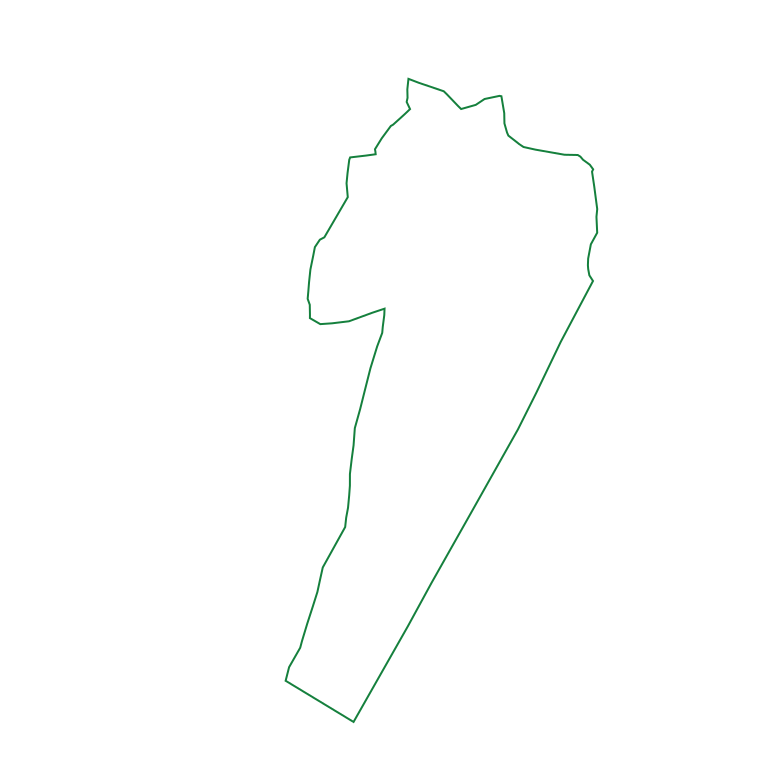 Tchirozérine, Agadez, Niger, rotated 120°
{"feature_id": "23599985B66307714151869", "entity_name": "Tchirozérine", "entity_type": "district", "adm_level": 2, "iso_a3": "NER", "parent_name": "Niger", "parent_adm1": "Agadez", "projection": "equal_earth", "projection_center": [8.551, 17.383], "detail": "fine", "context": "isolated", "style": "outline", "palette": "green", "viewbox_px": 768, "rotation_deg": 120, "n_neighbors": 0, "source": "geoboundaries", "source_scale": "gbopen_adm2", "svg_char_len": 1388}
<svg xmlns="http://www.w3.org/2000/svg" viewBox="0 0 768 768"><g transform="rotate(120 384 384)"><path d="M107.5,515.4L117.2,511.1L124.4,506.7L128.4,505.4L132.9,498.9L140.0,501.0L154.9,505.8L157.1,507.1L172.4,508.8L185.2,509.2L187.1,507.6L189.2,506.1L195.1,513.7L204.7,526.6L207.2,526.2L219.4,521.1L228.9,516.8L240.3,508.8L286.8,509.0L291.1,511.7L300.0,512.3L308.1,509.5L321.6,505.0L333.3,499.8L341.5,495.9L348.4,492.7L352.5,487.9L361.3,482.6L364.0,481.1L364.0,469.1L357.4,459.3L347.2,445.7L328.3,429.9L318.5,421.2L324.2,418.2L335.0,413.7L340.6,411.1L354.9,408.7L377.2,403.6L397.7,397.8L417.7,392.1L436.8,387.2L452.3,379.7L465.0,374.5L479.0,368.5L489.1,362.7L498.0,358.4L509.1,353.3L518.7,349.9L527.3,346.1L573.5,345.3L586.5,341.2L597.4,337.7L612.3,334.4L630.1,330.6L647.6,326.5L654.3,324.7L676.7,324.6L690.2,320.8L691.9,241.4L581.7,242.2L532.7,243.4L451.7,244.2L356.4,245.3L315.6,247.7L259.3,252.0L190.3,254.5L187.2,260.5L182.4,264.6L179.2,266.8L173.3,269.9L159.6,274.7L146.4,275.0L133.0,283.6L125.9,286.8L118.5,292.5L107.8,300.7L96.1,310.0L93.5,310.2L91.2,315.4L90.3,323.7L88.9,327.6L88.8,330.7L95.2,342.3L105.3,370.0L109.0,381.7L108.6,387.5L108.6,387.0L106.7,400.5L104.7,403.2L98.1,410.0L89.3,415.3L83.5,420.1L76.1,426.2L76.7,428.0L86.9,439.4L96.4,444.1L107.3,454.7L106.2,458.9L101.7,474.3L100.6,478.6L105.7,504.2L107.5,515.4Z" fill="none" stroke="#15803d" stroke-width="2"/></g></svg>